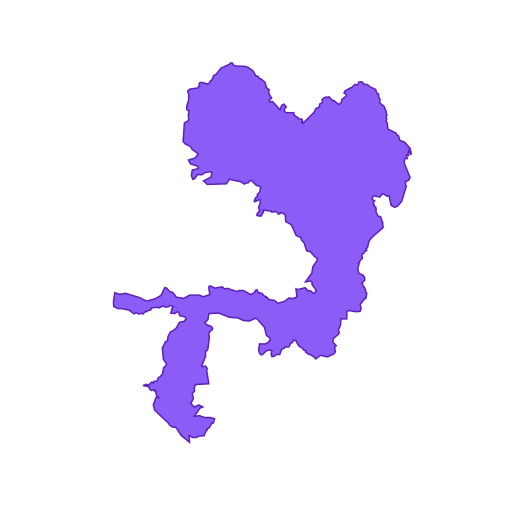 outline of Piaxtla, Puebla, Mexico, rotated 17°
{"feature_id": "50627088B9303595421400", "entity_name": "Piaxtla", "entity_type": "district", "adm_level": 2, "iso_a3": "MEX", "parent_name": "Mexico", "parent_adm1": "Puebla", "projection": "orthographic", "projection_center": [-98.274, 18.085], "detail": "fine", "context": "isolated", "style": "filled", "palette": "violet", "viewbox_px": 512, "rotation_deg": 17, "n_neighbors": 0, "source": "geoboundaries", "source_scale": "gbopen_adm2", "svg_char_len": 6104}
<svg xmlns="http://www.w3.org/2000/svg" viewBox="0 0 512 512"><g transform="rotate(17 256 256)"><path d="M254.2,444.8L258.9,443.1L259.2,439.1L260.2,436.5L259.7,435.8L261.5,434.0L262.6,428.9L264.0,428.2L264.0,423.7L259.3,423.8L254.3,425.5L248.8,425.2L243.9,427.3L246.9,417.9L249.2,415.9L245.0,415.1L241.1,418.5L236.9,416.1L237.8,410.5L235.3,406.4L236.7,403.1L235.3,398.8L236.4,396.3L248.2,392.0L242.2,379.6L242.2,377.7L239.8,376.0L237.0,377.6L236.3,377.0L237.1,366.6L235.5,361.8L236.9,360.8L237.2,359.2L235.2,347.4L233.6,344.3L233.7,342.6L236.0,338.6L234.2,336.5L229.0,336.1L226.6,334.7L228.6,330.9L227.8,324.8L237.1,321.5L248.4,322.4L256.9,320.5L262.9,321.4L268.7,320.1L273.8,315.7L275.5,315.9L284.9,321.7L289.2,328.9L292.9,330.2L294.2,331.4L292.8,335.2L290.3,337.5L285.1,339.0L285.9,345.1L287.8,347.9L289.6,349.1L291.0,348.3L293.8,343.5L297.1,341.6L298.8,342.0L299.2,345.4L300.6,347.6L302.6,346.7L304.3,344.2L307.5,343.3L307.8,337.6L309.9,336.0L310.7,334.3L313.8,333.5L314.6,331.4L314.3,330.0L316.3,327.7L316.4,325.8L318.5,325.0L323.0,329.4L328.1,331.0L329.1,332.0L331.3,332.0L331.3,333.2L335.2,334.7L335.8,334.3L341.3,335.6L343.1,337.0L346.8,332.1L353.8,331.6L359.4,326.5L359.9,324.3L357.8,320.4L359.0,318.3L354.4,315.7L354.3,312.0L357.9,306.3L358.0,304.6L356.4,303.0L357.0,297.0L355.6,291.4L361.2,289.6L359.2,282.8L360.6,281.0L367.2,280.2L371.7,278.6L371.9,275.7L369.8,271.8L372.2,265.7L373.5,264.3L372.8,259.1L371.1,258.2L371.0,257.0L368.8,254.1L367.4,253.8L366.2,251.6L365.1,251.2L367.1,247.3L366.3,245.0L364.1,243.0L359.8,242.6L358.5,241.0L357.1,238.4L356.8,233.6L355.9,232.7L357.0,232.0L356.7,230.2L358.5,227.1L356.9,224.0L357.2,223.0L358.4,221.8L358.5,220.2L360.3,218.3L359.1,216.9L360.2,215.4L359.7,208.9L361.3,204.5L369.2,191.7L367.3,186.9L363.6,182.0L361.1,182.2L359.0,180.1L357.3,177.8L357.5,176.6L356.1,174.1L354.3,174.0L354.3,172.7L352.4,171.3L353.4,168.6L350.5,167.9L350.1,166.4L351.3,163.8L357.1,163.5L358.5,160.0L360.0,159.3L363.8,160.5L365.8,159.6L370.4,168.1L374.4,168.9L376.5,167.2L377.7,164.9L379.4,161.0L379.3,145.0L377.8,143.9L377.5,140.8L380.0,138.8L380.3,135.7L371.6,125.1L370.3,122.7L370.0,120.1L370.2,118.9L372.1,118.7L370.4,115.4L372.5,115.3L372.6,114.6L371.4,113.6L371.2,110.7L374.3,113.5L374.7,113.1L371.9,108.0L364.7,103.6L359.8,103.4L357.1,99.4L355.2,98.9L354.2,97.6L345.0,96.0L342.5,90.2L340.7,88.9L341.0,86.9L339.7,84.3L340.1,82.9L338.7,81.7L338.5,80.1L334.7,75.4L329.4,73.3L328.8,69.9L326.6,67.6L326.0,65.3L324.1,65.1L321.7,61.7L316.0,61.0L312.3,59.5L309.5,60.2L306.4,58.4L303.5,59.6L303.2,62.8L300.3,63.1L298.2,67.2L297.1,67.6L292.8,72.2L292.5,74.4L294.8,74.9L295.5,76.7L292.3,81.2L292.7,84.2L291.0,86.9L284.9,84.5L284.5,85.3L279.2,82.4L278.6,83.4L277.0,83.2L274.4,85.2L273.4,87.1L274.7,89.8L272.4,92.1L273.1,95.0L270.2,97.4L269.6,101.5L262.0,115.5L260.7,115.0L261.2,113.4L259.8,111.6L257.3,112.5L254.9,111.1L254.3,112.2L254.6,111.6L251.1,109.8L250.2,107.9L242.7,110.2L240.9,109.2L240.2,107.1L241.4,104.5L238.2,102.6L236.5,104.6L236.2,109.1L226.6,103.4L223.8,104.6L223.1,102.9L224.8,100.6L220.7,96.7L219.7,93.9L220.1,93.2L216.1,91.8L216.4,91.2L213.8,87.3L208.9,85.1L207.3,85.5L205.7,83.6L203.2,83.7L199.0,79.8L193.0,77.9L190.4,77.8L180.3,80.4L177.9,79.7L177.2,78.4L175.5,78.6L174.3,80.6L167.5,86.7L164.8,93.8L162.8,95.8L162.3,100.8L161.3,101.6L160.5,104.9L159.0,105.7L153.4,105.8L151.8,106.5L151.2,108.0L152.4,110.2L151.5,110.7L151.5,112.2L144.0,115.7L142.4,118.3L144.2,120.7L146.0,126.3L146.0,133.3L146.7,135.6L147.7,136.7L149.6,136.8L150.0,140.9L151.7,145.0L151.4,146.7L148.6,149.7L152.9,168.0L155.8,169.6L161.5,170.5L163.7,172.7L170.8,175.2L169.3,180.0L163.3,184.0L166.5,187.1L173.3,187.1L175.3,188.6L175.1,189.4L169.9,192.4L170.8,198.2L173.1,201.1L174.7,200.1L176.2,195.3L180.6,194.1L182.5,191.4L187.1,188.9L189.6,189.1L189.7,193.9L183.9,199.5L188.5,201.8L206.6,195.6L208.1,190.5L219.4,189.5L224.1,190.6L224.9,189.2L227.1,188.4L227.7,186.6L229.3,185.1L235.9,188.4L238.1,188.1L240.4,189.0L240.8,193.6L239.3,197.0L240.0,199.0L238.6,200.3L238.2,203.7L238.4,204.4L239.3,204.3L242.0,201.7L243.8,201.2L244.5,204.0L244.3,209.1L246.3,211.4L244.7,215.2L245.0,217.0L249.1,216.5L250.2,211.9L249.6,210.2L250.3,209.8L257.7,208.7L258.3,209.4L261.9,207.8L264.7,208.5L265.2,209.5L266.5,208.5L266.8,207.4L269.6,207.2L272.0,208.3L274.4,214.4L280.7,215.8L288.4,224.6L293.4,225.2L294.6,227.2L298.3,229.5L302.5,235.7L303.5,236.4L306.2,235.8L312.4,239.5L315.4,240.2L315.5,243.2L313.5,249.6L314.4,255.9L310.9,266.3L315.3,264.0L316.6,264.4L317.8,265.5L317.8,266.9L323.6,271.1L323.1,274.1L321.5,274.9L318.1,273.3L314.9,274.2L314.2,272.9L312.2,272.0L305.9,275.8L303.8,275.7L307.1,283.2L303.6,286.0L300.0,286.4L296.4,291.1L290.6,294.9L286.7,293.0L281.5,293.9L278.0,292.1L277.4,292.7L277.1,291.9L275.1,291.7L273.1,290.2L270.2,290.0L269.3,290.8L266.8,288.0L265.8,288.7L264.8,292.0L262.2,294.4L254.2,292.7L250.5,293.7L247.7,295.6L238.1,295.3L235.3,296.7L232.8,295.3L226.1,298.7L221.3,297.9L220.0,298.6L220.1,300.1L223.1,306.4L217.3,310.5L213.6,309.9L204.1,312.7L199.3,317.6L191.9,318.7L187.3,315.2L183.8,315.2L179.9,312.8L178.0,312.8L176.8,321.3L172.1,326.4L164.6,331.1L156.6,329.8L142.2,329.8L136.8,332.5L131.7,332.4L133.1,341.6L134.7,345.9L139.2,346.7L143.3,345.5L150.4,344.9L156.3,347.0L158.2,345.2L161.0,345.8L163.4,344.2L164.7,344.6L166.7,341.2L167.8,341.2L169.2,339.1L171.0,338.8L171.3,336.2L176.0,334.1L178.7,333.8L181.6,331.0L184.4,331.4L187.2,330.0L188.6,328.3L191.7,328.6L191.0,330.8L191.3,335.6L195.0,334.8L197.3,332.2L198.4,332.4L200.6,335.4L205.5,335.1L207.4,335.8L207.9,337.0L206.8,337.9L206.9,339.1L202.2,341.8L200.9,348.0L198.3,352.0L196.3,353.6L195.4,358.9L196.2,362.9L194.5,364.4L193.3,371.4L197.7,382.0L202.0,385.3L201.8,387.4L200.3,389.7L201.0,396.3L199.5,399.7L198.2,400.8L197.8,404.7L194.9,405.8L194.8,407.5L193.2,407.1L190.9,411.1L189.1,410.6L185.8,412.9L191.5,412.3L193.2,414.3L195.4,415.2L197.9,413.5L198.7,415.0L199.7,414.6L200.8,417.4L204.2,419.8L201.8,420.0L201.3,428.4L204.1,433.0L221.2,441.5L222.8,443.0L226.1,444.0L229.5,443.3L236.8,449.4L246.9,453.6L244.6,447.4L248.9,448.0L252.3,446.8L254.2,444.8Z" fill="#8b5cf6" stroke="#5b21b6" stroke-width="1.5"/></g></svg>